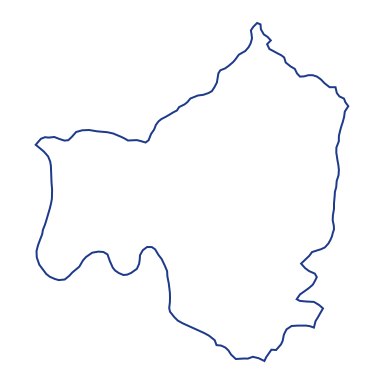 Bariri, São Paulo, Brazil (orthographic projection)
{"feature_id": "56859067B75550214220270", "entity_name": "Bariri", "entity_type": "district", "adm_level": 2, "iso_a3": "BRA", "parent_name": "Brazil", "parent_adm1": "São Paulo", "projection": "orthographic", "projection_center": [-48.72, -22.06], "detail": "fine", "context": "isolated", "style": "outline", "palette": "blue", "viewbox_px": 384, "rotation_deg": 0, "n_neighbors": 0, "source": "geoboundaries", "source_scale": "gbopen_adm2", "svg_char_len": 2768}
<svg xmlns="http://www.w3.org/2000/svg" viewBox="0 0 384 384"><path d="M42.9,229.9L42.2,234.2L40.4,238.8L38.0,245.3L36.5,251.1L36.8,257.5L39.3,264.7L46.2,273.9L49.7,276.7L54.7,278.9L58.8,280.1L64.7,279.5L69.2,275.9L72.3,272.5L79.3,266.7L82.9,260.5L86.0,257.0L92.2,252.7L98.4,251.6L103.4,252.0L107.5,254.4L109.9,261.2L112.8,267.7L115.1,270.5L118.7,273.0L123.4,275.0L127.3,274.6L131.2,272.9L136.9,268.8L139.1,263.9L139.7,259.8L140.0,255.2L142.8,250.2L147.1,247.0L151.9,247.1L155.2,249.4L158.4,254.8L161.7,259.1L164.7,265.4L167.1,271.1L167.4,276.5L168.8,283.6L169.9,292.8L170.0,298.2L169.9,302.2L169.2,308.0L170.0,311.7L174.2,317.0L177.8,320.6L182.9,323.4L204.1,333.0L208.9,335.6L214.7,340.2L216.5,345.1L221.3,345.6L225.4,347.6L228.4,350.4L231.1,354.6L235.8,359.0L244.3,358.5L247.9,358.6L252.8,356.8L258.7,358.2L264.4,361.0L266.2,357.2L271.4,349.7L276.1,350.0L281.0,344.4L282.6,341.0L283.9,334.6L286.5,329.4L291.6,326.0L297.6,325.6L301.9,325.6L306.1,325.6L310.0,326.2L313.9,327.6L315.5,321.2L318.2,316.8L320.4,312.9L323.0,308.4L319.1,305.0L313.9,301.9L306.2,301.5L299.9,300.9L296.7,299.2L300.0,294.4L303.3,292.1L308.7,288.2L312.8,284.7L314.8,281.2L316.8,277.1L314.8,273.6L309.1,271.1L305.2,268.2L301.1,263.6L309.3,255.8L312.0,252.1L316.5,250.6L321.1,249.2L324.9,247.4L328.4,243.5L330.4,239.9L331.9,236.5L332.8,232.9L334.0,229.3L333.8,225.5L332.7,220.3L332.9,215.3L334.0,208.9L334.0,203.3L334.7,195.7L334.9,191.9L336.2,187.3L336.7,180.9L338.5,175.5L338.9,169.9L338.3,164.7L337.5,160.5L336.3,152.6L336.4,147.5L338.8,141.4L338.9,135.8L340.3,130.0L341.4,126.1L342.7,122.2L344.1,117.0L344.8,111.6L348.3,106.2L345.3,102.1L344.0,98.6L339.4,96.4L336.8,93.0L335.5,87.2L329.6,87.2L324.5,83.2L320.9,79.4L317.0,76.6L312.7,75.2L308.3,75.2L304.0,76.4L300.0,76.6L297.0,73.4L294.8,68.9L290.5,66.4L285.7,62.5L284.2,57.5L281.2,55.2L278.0,53.6L273.6,51.2L269.4,49.0L267.1,44.2L270.8,40.4L267.7,37.0L263.8,34.4L260.9,29.3L260.5,24.4L257.1,23.0L253.3,26.8L250.9,30.4L251.5,33.9L252.0,38.4L250.7,43.2L248.6,47.2L245.3,51.0L238.8,54.7L235.5,59.3L233.2,62.0L228.6,65.9L225.1,68.4L220.3,70.3L218.4,73.3L216.9,82.5L214.5,87.1L211.9,91.1L208.6,93.0L203.4,94.8L197.9,95.5L190.4,98.5L187.4,102.1L184.7,104.3L179.1,107.1L176.9,110.5L173.7,112.1L170.2,114.2L165.6,116.9L161.3,119.1L158.4,121.5L155.9,124.9L154.1,129.6L151.1,133.9L148.6,140.2L145.6,142.5L140.8,141.1L136.9,140.1L128.0,140.5L124.6,138.5L121.3,136.9L113.2,133.5L107.3,132.2L101.3,131.7L96.9,131.3L89.1,130.0L82.2,130.3L76.1,132.0L71.8,136.9L68.3,140.2L64.4,140.6L59.5,139.0L54.3,137.0L48.5,137.6L45.0,137.2L40.9,138.8L35.7,144.8L40.6,148.8L43.9,151.6L48.1,156.4L50.2,161.6L50.9,166.0L51.5,182.1L52.1,189.8L52.0,193.6L51.9,198.6L51.1,203.2L49.7,208.9L46.3,220.4L45.0,224.6L42.9,229.9Z" fill="none" stroke="#1e3a8a" stroke-width="2"/></svg>